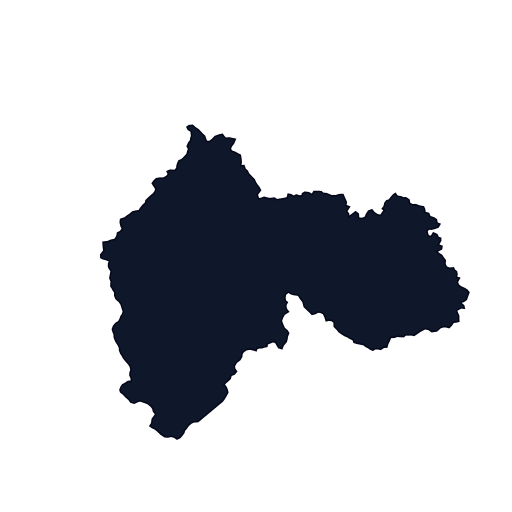 the district of Ibiúna, São Paulo, Brazil, rotated 245°
{"feature_id": "56859067B99377523473058", "entity_name": "Ibiúna", "entity_type": "district", "adm_level": 2, "iso_a3": "BRA", "parent_name": "Brazil", "parent_adm1": "São Paulo", "projection": "robinson", "projection_center": [-47.22, -23.81], "detail": "fine", "context": "isolated", "style": "filled", "palette": "ink", "viewbox_px": 512, "rotation_deg": 245, "n_neighbors": 0, "source": "geoboundaries", "source_scale": "gbopen_adm2", "svg_char_len": 5448}
<svg xmlns="http://www.w3.org/2000/svg" viewBox="0 0 512 512"><g transform="rotate(245 256 256)"><path d="M176.5,80.7L174.1,83.3L174.1,87.4L173.6,89.9L171.8,91.7L169.8,93.8L167.9,95.6L163.9,97.5L161.2,98.0L158.6,97.4L155.0,98.2L153.6,95.9L152.2,93.2L148.3,90.6L146.8,88.0L144.2,89.5L142.4,91.1L139.6,92.6L134.7,94.5L130.7,96.9L129.1,99.8L128.6,102.6L126.4,105.4L123.5,107.0L123.5,110.2L124.8,113.2L126.4,116.0L128.1,117.4L129.2,119.9L131.1,123.3L132.0,126.8L132.0,129.4L130.5,133.3L131.0,135.7L132.0,139.2L134.9,150.3L136.0,154.4L137.0,158.2L137.7,160.7L138.4,163.7L139.5,166.0L141.2,168.6L142.7,170.7L144.3,172.8L147.1,173.4L150.3,173.4L152.7,172.6L153.9,174.6L154.7,177.7L155.8,180.8L158.3,182.9L158.1,186.4L159.6,189.6L162.7,189.0L165.4,189.8L167.8,193.2L168.8,197.6L170.9,200.6L173.0,201.7L174.4,203.7L175.2,207.4L174.2,211.2L172.0,214.0L170.1,216.1L171.8,217.7L171.4,220.3L170.3,222.6L170.1,225.0L169.4,227.7L171.5,228.9L171.2,235.4L169.1,237.3L166.0,237.5L163.3,237.8L161.0,240.3L163.5,242.8L165.5,247.1L167.3,248.7L169.9,250.4L172.3,253.0L175.0,252.7L178.6,251.1L183.3,251.2L186.4,251.5L188.8,253.7L191.2,257.0L191.8,261.9L194.3,261.2L196.5,261.3L199.2,262.5L200.8,264.8L202.8,263.7L205.9,264.5L208.8,266.5L209.6,270.2L207.2,271.6L205.2,273.8L202.6,277.8L200.5,278.1L198.0,278.4L194.8,279.2L189.6,278.3L186.5,279.5L182.2,281.2L179.4,282.1L178.8,285.3L179.1,288.3L177.8,290.6L175.4,292.7L173.3,292.8L170.7,292.7L167.6,292.2L167.1,294.8L165.4,297.5L162.8,298.8L159.1,297.1L154.7,298.7L152.3,299.2L149.1,301.0L146.2,302.9L144.1,304.9L141.8,306.3L139.1,308.6L136.3,308.3L134.3,310.5L131.7,314.0L130.0,316.3L127.8,317.2L125.3,319.2L123.4,320.2L121.2,322.1L121.6,324.8L120.3,327.5L118.7,329.6L119.3,333.3L118.1,336.0L120.8,338.3L122.5,340.5L125.3,343.6L123.8,347.2L123.7,349.8L122.2,352.5L120.5,355.7L121.3,358.3L120.1,360.7L118.9,363.5L117.2,365.7L117.9,369.9L118.4,373.0L118.7,378.4L116.6,381.4L113.1,383.3L111.7,388.1L113.1,392.7L112.9,395.2L111.8,398.0L109.5,400.8L110.8,404.1L112.6,406.9L111.7,409.2L111.1,412.2L113.1,413.0L116.1,414.4L119.0,414.4L122.0,414.7L122.3,420.1L120.6,422.7L123.4,423.3L125.4,422.2L127.6,422.2L127.0,424.8L127.6,428.2L130.2,430.7L133.0,433.6L135.8,432.9L138.1,431.5L140.0,429.9L141.8,428.4L144.4,427.2L147.4,427.5L150.0,431.1L152.1,428.7L154.4,430.4L157.1,431.1L159.6,429.9L161.8,430.0L163.0,426.4L165.5,423.9L168.9,423.9L172.1,425.7L175.6,424.9L178.2,424.6L180.6,422.9L183.8,421.8L183.9,427.1L186.2,428.7L189.2,425.9L190.5,427.9L191.9,429.9L194.2,430.9L195.6,429.1L199.1,429.0L202.0,426.5L199.6,422.9L201.7,420.6L206.0,421.3L207.6,423.7L206.2,426.3L205.6,429.0L205.2,433.3L207.2,436.2L209.4,434.0L212.7,434.9L215.4,433.3L218.2,430.3L221.7,430.5L223.9,427.6L227.4,428.6L229.8,428.6L232.2,425.2L235.0,422.5L236.4,419.3L239.0,417.5L242.2,418.4L245.4,416.5L246.5,414.0L248.4,412.4L250.5,409.3L253.8,408.7L253.3,406.2L252.1,403.5L250.5,400.4L250.8,397.7L249.6,395.3L246.8,393.1L245.5,390.5L243.1,391.6L241.9,389.0L240.1,386.4L242.0,383.5L245.5,381.4L248.9,380.6L249.2,377.0L247.1,373.7L245.0,371.5L245.1,368.1L247.0,365.0L250.9,366.5L254.0,364.9L253.0,360.5L252.3,356.4L255.0,357.7L258.3,357.1L261.1,361.5L263.9,358.7L266.6,360.6L271.8,360.7L275.0,360.8L276.4,357.5L276.9,353.8L278.8,349.8L282.7,346.3L284.5,343.2L286.6,342.4L287.9,340.3L290.0,335.7L287.9,332.8L291.0,330.6L293.2,327.2L292.9,324.4L291.1,323.3L292.1,320.6L294.3,318.4L294.2,315.4L296.9,313.5L298.5,311.3L295.6,309.0L296.2,305.8L297.2,302.2L298.2,298.7L300.8,297.1L302.0,293.1L303.7,290.6L305.8,288.2L306.0,285.5L306.4,282.7L308.7,282.7L311.1,283.1L312.4,285.4L313.7,287.9L317.1,287.7L319.9,287.0L322.9,286.6L326.1,286.7L328.7,285.7L331.2,284.9L333.9,284.0L336.5,284.1L339.4,282.9L343.1,283.3L344.3,280.2L347.0,282.1L350.4,283.4L354.1,284.4L356.6,282.4L359.1,280.6L361.3,278.3L363.8,277.9L365.9,279.9L367.5,283.1L370.6,286.6L372.2,284.4L374.4,281.5L375.4,278.4L377.6,277.5L380.5,277.0L381.2,274.0L381.6,269.4L380.1,265.6L379.4,262.3L380.7,259.6L383.4,259.7L386.4,260.1L388.9,259.0L391.7,258.1L395.0,257.0L398.0,255.1L401.2,253.8L402.5,250.4L402.0,247.9L399.3,248.0L396.4,249.9L394.5,249.2L392.0,248.4L390.4,246.8L388.3,245.5L387.0,242.8L384.5,240.0L381.4,240.2L379.8,238.4L377.4,236.5L375.7,232.4L374.7,229.5L374.9,226.5L373.2,224.4L371.2,222.6L369.2,221.5L367.8,218.6L370.1,214.4L370.2,211.2L367.2,211.2L365.9,208.6L365.7,204.9L367.3,201.5L368.2,198.4L367.3,195.5L365.7,192.7L362.3,193.2L359.4,193.6L357.5,192.4L355.8,189.5L355.0,186.4L353.9,182.8L352.8,179.8L350.8,178.3L349.7,174.7L348.1,171.6L346.5,169.2L347.6,165.6L348.1,162.7L347.2,159.7L346.8,156.8L346.0,153.1L346.5,148.8L344.0,147.2L340.5,146.4L337.1,146.4L335.5,143.3L335.5,140.3L332.6,138.2L330.7,135.0L331.6,131.1L331.7,127.6L333.2,123.2L328.8,121.5L325.2,120.4L322.8,115.8L320.0,114.7L318.2,116.1L316.1,118.7L313.2,121.3L311.5,119.2L308.8,117.9L306.3,117.8L303.8,118.5L300.8,116.4L297.8,114.2L294.2,114.0L291.8,112.7L289.9,111.7L287.5,112.1L285.1,112.2L282.7,112.7L279.8,111.2L276.2,111.1L272.4,112.8L269.2,113.3L265.6,112.8L261.7,112.3L259.5,110.2L258.3,108.1L256.6,106.5L254.6,103.9L254.2,100.5L252.7,97.3L250.4,94.9L247.3,94.4L245.1,94.4L242.3,93.2L238.3,92.9L232.6,93.6L230.5,93.5L228.1,92.5L224.8,92.3L222.3,92.7L219.8,92.8L216.7,93.5L211.9,94.9L208.9,95.3L205.6,94.6L203.7,92.7L201.2,91.3L197.5,91.2L195.2,89.9L196.4,87.1L195.8,83.3L195.7,80.7L194.6,78.7L192.2,76.1L189.9,75.8L186.8,77.4L183.3,78.5L179.5,80.2L176.5,80.7Z" fill="#0f172a" stroke="#020617" stroke-width="1.5"/></g></svg>